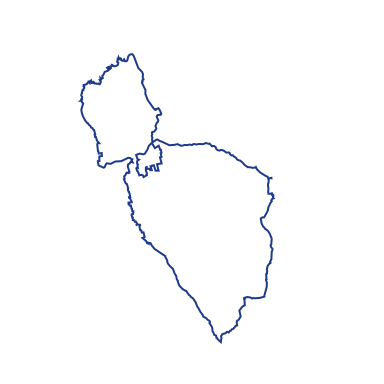 Mojokerto, Jawa Timur, Indonesia, rotated 341°
{"feature_id": "22746128B795310620233", "entity_name": "Mojokerto", "entity_type": "district", "adm_level": 2, "iso_a3": "IDN", "parent_name": "Indonesia", "parent_adm1": "Jawa Timur", "projection": "equal_earth", "projection_center": [112.455, -7.541], "detail": "fine", "context": "isolated", "style": "outline", "palette": "blue", "viewbox_px": 384, "rotation_deg": 341, "n_neighbors": 0, "source": "geoboundaries", "source_scale": "gbopen_adm2", "svg_char_len": 6045}
<svg xmlns="http://www.w3.org/2000/svg" viewBox="0 0 384 384"><g transform="rotate(341 192 192)"><path d="M129.0,54.5L128.2,55.5L126.6,55.8L124.4,55.6L124.4,57.0L123.9,57.0L124.2,58.1L124.0,58.6L122.2,59.8L122.2,60.2L121.7,60.0L120.2,62.2L120.1,62.9L119.4,63.4L118.7,64.6L119.1,66.5L118.4,67.8L117.6,68.1L118.0,68.9L116.3,69.5L117.3,69.9L117.2,71.5L117.9,72.5L117.8,73.1L114.3,77.8L113.7,80.3L113.5,84.7L114.3,89.7L115.5,93.0L116.1,93.3L116.4,94.9L117.4,96.4L117.6,98.2L118.7,99.2L119.0,101.0L119.6,101.5L119.3,106.0L118.7,105.9L118.3,108.5L119.0,108.7L118.9,112.4L120.1,115.6L118.7,115.1L117.9,116.1L116.4,122.7L116.7,123.0L116.3,125.3L119.3,125.8L118.5,128.7L116.0,128.2L114.8,131.4L114.7,132.5L113.0,132.2L112.3,136.4L116.5,140.3L117.6,139.9L119.7,137.7L120.7,137.1L124.3,138.9L129.3,138.2L135.2,139.8L142.9,138.9L144.7,139.9L145.2,140.9L146.2,141.6L145.3,142.2L145.5,144.7L143.9,143.5L142.1,144.8L140.6,145.1L139.6,146.8L139.4,152.4L138.9,152.4L138.9,153.4L137.9,153.4L136.5,152.4L134.1,154.7L132.9,155.1L132.6,157.6L131.8,157.8L132.1,161.7L132.3,162.5L132.9,162.9L133.0,164.4L132.8,167.9L132.2,168.4L132.1,171.2L132.5,171.4L132.5,171.9L132.0,176.7L130.7,176.4L130.6,177.2L131.4,178.1L131.8,181.5L131.7,182.1L128.5,181.3L128.1,182.8L128.8,182.9L128.6,184.5L129.8,184.9L129.4,188.2L129.8,188.3L129.3,190.8L130.3,191.2L129.1,193.7L127.7,193.4L127.4,194.0L127.2,196.8L127.7,197.0L126.9,199.3L128.3,200.0L128.3,201.5L129.3,201.7L129.7,203.7L128.8,204.8L128.9,205.1L129.6,204.9L132.2,206.0L132.2,206.5L131.1,207.4L130.6,210.9L130.7,211.4L131.6,211.8L131.3,214.0L133.0,214.4L132.5,219.2L130.2,219.3L132.7,223.5L132.9,225.9L133.7,226.4L134.0,226.0L134.4,226.8L134.8,226.1L136.1,226.8L136.6,229.7L138.1,233.7L145.9,244.0L145.6,244.7L146.3,248.5L145.8,250.8L146.0,252.1L147.1,255.0L149.0,258.6L149.0,263.4L149.7,266.1L149.2,269.8L149.7,271.2L149.4,272.0L149.5,276.2L151.4,280.5L153.2,282.8L154.3,283.6L155.5,288.2L156.4,289.4L156.8,290.8L158.3,292.8L159.5,297.3L159.7,302.2L160.2,303.4L160.9,308.1L162.1,311.7L162.2,313.9L164.1,315.5L165.3,318.0L166.6,319.6L166.7,320.9L165.8,321.5L166.8,325.5L166.9,326.8L166.1,330.6L166.5,331.6L166.5,334.2L168.1,335.7L167.6,337.8L168.2,338.3L168.3,339.3L170.4,343.3L172.3,339.6L172.6,337.7L174.6,336.2L177.5,336.5L179.3,335.6L180.0,335.8L180.9,336.8L182.8,335.6L183.7,335.7L185.0,334.8L186.0,334.9L188.6,333.7L189.6,332.7L191.3,332.9L191.8,329.8L192.5,328.6L194.7,327.9L197.5,325.5L198.2,319.5L201.6,317.2L203.6,316.4L205.0,316.4L206.4,311.5L206.4,310.3L207.1,310.1L206.7,309.4L206.9,309.1L210.1,309.3L212.6,310.6L214.3,312.3L215.1,312.1L217.3,313.1L221.7,314.2L226.4,314.5L226.5,313.8L231.7,306.1L233.3,302.0L233.3,299.3L233.9,298.9L233.7,298.6L234.4,297.5L235.3,293.9L236.3,293.6L236.5,292.6L237.3,291.6L237.5,289.6L239.4,286.6L241.2,285.3L242.6,284.8L242.8,284.2L243.2,284.3L243.2,283.3L245.2,281.4L247.8,274.7L249.2,272.9L249.6,271.8L248.9,270.2L249.0,267.9L250.0,267.1L252.0,262.5L252.2,261.4L251.9,256.7L251.4,254.3L250.4,252.2L249.0,250.5L248.9,249.3L247.9,247.5L247.6,244.2L248.4,239.4L250.2,238.9L251.7,239.5L252.7,238.8L256.5,235.4L258.0,233.7L259.1,231.5L262.5,228.0L264.5,226.6L264.3,225.6L265.5,224.7L267.0,224.5L266.7,224.0L267.1,222.5L267.0,221.8L267.5,222.4L267.8,221.6L267.1,221.0L267.6,220.8L267.0,219.8L267.1,219.2L264.9,219.1L263.7,218.5L264.0,216.9L265.5,213.3L265.8,211.2L266.6,208.9L267.4,208.2L268.4,205.7L268.6,204.3L270.6,204.4L271.6,204.9L271.7,204.5L268.4,204.0L268.5,202.2L266.8,200.7L262.7,195.6L260.8,191.7L260.5,189.4L260.0,189.8L259.5,189.3L257.4,189.0L254.9,187.5L252.8,186.7L250.4,183.3L249.5,180.8L247.8,178.0L246.4,177.2L245.1,175.7L244.7,173.9L243.0,171.8L242.5,170.5L241.0,170.1L240.3,168.6L240.4,167.6L239.7,166.6L237.3,165.9L235.6,163.5L234.3,162.2L233.1,161.7L231.5,161.8L229.9,160.8L228.9,158.9L229.0,157.3L227.9,155.7L226.7,155.2L225.8,155.3L224.4,152.0L223.7,152.0L220.8,150.1L219.5,150.4L217.2,150.1L214.7,149.0L211.8,148.5L209.0,147.1L207.3,147.6L205.0,146.3L203.1,146.2L200.5,145.2L197.0,144.9L193.8,142.0L190.7,141.7L185.8,140.4L179.7,134.4L178.3,133.4L176.4,131.1L175.4,130.9L170.8,132.2L171.3,129.4L172.2,127.8L172.1,126.2L172.3,125.5L173.1,124.7L173.4,122.8L173.9,122.4L176.0,122.5L178.7,120.8L179.0,120.0L178.9,117.7L181.4,115.0L182.6,114.6L183.5,113.2L183.1,109.5L183.8,108.5L184.7,108.1L187.6,108.8L188.3,108.2L188.1,107.6L188.4,107.2L188.2,104.4L187.5,101.8L186.3,102.0L184.2,101.7L184.5,102.4L184.0,102.4L183.1,100.9L180.1,90.8L179.8,84.1L181.2,80.5L180.2,72.4L180.6,71.8L181.2,71.7L181.3,70.2L182.8,69.9L182.7,67.5L184.0,64.8L183.9,62.2L181.6,57.4L181.2,44.6L180.6,42.4L178.9,41.8L177.9,41.9L176.0,42.9L173.5,46.7L172.3,47.0L171.1,46.4L171.0,44.5L170.5,44.8L170.3,45.8L168.6,45.0L168.0,44.0L168.3,43.0L168.0,42.3L167.7,42.3L167.5,43.5L166.5,42.8L166.4,40.7L165.6,41.7L165.1,41.7L164.7,43.3L163.8,43.9L163.6,44.7L164.4,45.6L163.9,46.9L163.1,47.7L161.0,48.2L159.2,47.7L158.9,47.1L158.1,47.0L158.0,45.9L157.6,45.6L156.2,46.8L155.6,48.5L154.7,48.4L154.2,49.7L154.0,48.0L154.4,47.3L155.0,47.2L155.0,46.8L154.2,46.5L152.1,46.9L153.0,49.5L151.8,50.0L148.6,50.0L146.2,52.5L145.0,53.0L144.7,55.1L144.2,54.9L144.0,55.4L143.0,55.8L142.5,54.6L142.2,56.2L141.2,56.0L141.3,57.1L141.7,57.9L141.6,58.4L139.9,60.0L139.4,60.0L138.9,59.0L137.0,58.7L136.4,58.0L135.5,57.9L134.7,57.2L135.1,56.4L134.6,55.8L133.8,56.6L132.8,56.4L132.9,53.7L132.2,54.1L130.7,53.9L131.0,55.0L130.7,55.7L130.2,54.7L129.0,54.5ZM171.2,138.4L175.6,137.4L175.7,141.9L176.3,142.0L175.9,145.0L175.0,145.1L174.6,148.9L173.0,148.8L172.6,155.1L168.0,154.3L167.3,161.0L164.5,159.9L164.6,154.3L162.7,154.0L162.3,154.5L161.2,154.2L161.1,158.2L159.6,157.7L159.6,156.3L157.1,155.5L157.3,153.6L156.4,153.7L155.3,156.8L155.5,159.2L154.8,161.4L153.7,161.3L153.3,161.7L151.1,162.1L151.0,160.5L150.3,159.4L147.6,159.1L147.5,154.9L147.0,154.2L147.1,151.4L148.1,150.9L148.7,151.5L149.2,148.8L149.8,148.4L149.4,147.4L149.6,146.2L150.6,144.6L152.3,144.2L151.2,143.2L151.2,138.8L154.8,138.6L158.5,140.6L160.0,140.4L163.6,137.4L166.4,134.2L170.0,132.5L171.2,138.4Z" fill="none" stroke="#1e3a8a" stroke-width="2"/></g></svg>